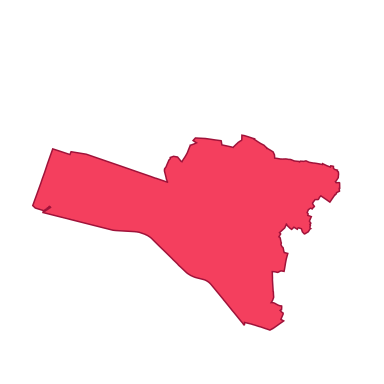 the district of Slampes pag., Tukums, Latvia, rotated 209°
{"feature_id": "27541924B56593653615616", "entity_name": "Slampes pag.", "entity_type": "district", "adm_level": 2, "iso_a3": "LVA", "parent_name": "Latvia", "parent_adm1": "Tukums", "projection": "orthographic", "projection_center": [23.272, 56.873], "detail": "fine", "context": "isolated", "style": "filled", "palette": "rose", "viewbox_px": 384, "rotation_deg": 209, "n_neighbors": 0, "source": "geoboundaries", "source_scale": "gbopen_adm2", "svg_char_len": 5445}
<svg xmlns="http://www.w3.org/2000/svg" viewBox="0 0 384 384"><g transform="rotate(209 192 192)"><path d="M324.7,102.9L321.3,102.0L312.6,103.8L312.2,104.3L312.1,104.7L312.0,104.9L311.8,105.3L311.7,105.7L311.5,105.9L311.4,105.9L310.6,107.4L310.8,107.8L309.5,109.9L309.9,110.1L309.8,110.3L309.2,110.3L308.8,110.3L308.2,109.9L309.4,107.8L309.7,107.0L310.7,105.3L311.0,104.7L311.2,104.2L311.8,103.5L312.6,102.7L312.4,101.8L254.5,117.1L245.1,119.6L243.2,120.1L242.5,120.3L241.3,120.8L239.9,121.4L222.8,129.6L221.8,130.0L220.9,130.4L219.7,130.8L219.0,131.1L217.4,131.4L213.4,132.1L212.0,132.3L211.8,132.2L211.1,132.3L209.7,132.4L208.6,132.3L207.0,132.2L206.4,132.1L205.2,131.9L198.9,130.1L195.0,129.0L190.2,127.7L189.9,127.6L189.7,127.6L176.7,124.0L176.0,123.7L175.8,123.7L169.9,122.1L168.3,121.5L166.7,121.1L166.1,121.0L159.2,119.2L158.0,118.9L157.1,118.7L156.4,118.6L154.9,118.5L153.1,118.4L152.2,118.4L151.3,118.5L149.8,118.6L149.1,118.7L147.7,118.9L146.5,119.2L140.8,120.7L139.2,121.1L138.3,121.3L137.1,121.4L135.9,121.4L134.4,121.3L134.0,121.3L132.2,120.9L130.9,120.5L129.6,120.0L112.6,113.3L112.1,113.0L111.0,112.6L110.2,112.3L104.0,109.8L99.7,108.0L96.8,106.9L86.4,102.7L84.2,101.9L82.9,101.3L82.6,101.0L82.0,101.0L81.8,101.4L82.3,102.7L82.8,103.4L76.3,105.2L76.0,105.3L74.3,105.6L72.7,106.0L67.9,106.9L67.1,107.2L61.9,108.1L60.7,108.3L60.4,108.4L57.6,108.9L56.9,109.0L55.7,110.9L55.3,111.4L55.4,111.5L55.2,111.8L54.6,112.7L52.1,117.9L51.4,119.4L49.9,122.4L49.3,123.7L50.8,123.7L52.5,123.7L53.1,129.4L53.6,130.3L54.8,130.4L55.3,130.5L56.1,130.6L57.2,131.2L57.5,131.2L57.3,131.8L57.2,131.8L56.6,132.4L57.4,134.2L58.2,135.6L58.4,135.8L58.8,135.6L59.5,135.3L60.6,135.0L62.1,134.8L63.1,134.8L63.6,134.8L65.8,134.8L66.6,134.7L67.1,134.6L68.0,134.2L68.8,133.9L69.1,133.7L69.0,136.2L69.3,138.2L69.4,139.0L69.5,139.4L69.7,139.8L70.2,140.6L70.7,141.3L72.5,144.2L72.8,144.3L74.1,146.4L79.2,154.4L79.7,155.4L80.2,156.3L80.7,157.1L81.7,158.8L83.2,161.3L81.5,162.1L80.6,162.5L78.3,163.1L78.0,163.3L77.8,163.5L77.6,163.8L77.0,164.7L76.7,165.2L76.5,165.5L76.0,166.1L75.6,166.3L73.0,167.2L73.6,169.1L75.5,174.5L75.5,174.4L76.9,178.6L77.2,179.7L77.6,181.3L78.4,184.7L81.9,183.8L82.0,184.0L82.6,184.3L83.3,185.0L83.7,185.6L85.3,187.4L85.4,187.5L85.6,187.6L86.1,187.6L86.3,187.6L87.7,188.4L88.0,188.6L88.7,189.2L88.8,189.3L89.1,190.7L89.6,191.1L90.6,192.2L92.5,194.5L93.2,194.9L93.3,194.8L94.3,194.9L94.3,195.6L94.1,198.3L95.8,198.9L95.4,199.9L95.1,200.8L93.5,205.5L93.6,206.8L93.7,207.7L93.7,208.4L93.9,209.7L93.6,209.7L92.9,209.1L92.4,208.8L89.0,207.9L88.6,207.8L86.7,207.6L85.8,210.6L82.6,210.5L81.8,210.5L81.9,211.5L81.8,211.9L81.7,212.1L81.4,212.3L81.1,212.4L78.5,212.9L76.2,210.7L73.5,209.8L73.4,209.8L73.2,209.9L73.0,210.1L71.0,213.6L71.0,213.9L70.9,216.2L70.8,217.0L70.5,217.4L70.8,217.4L71.7,218.2L72.3,219.5L72.1,219.7L72.2,220.1L72.4,220.6L73.2,220.8L73.2,221.0L73.1,222.2L73.0,222.4L75.2,223.4L75.7,228.3L79.4,227.7L79.8,229.2L81.3,229.8L81.5,231.4L81.6,232.7L81.7,232.9L81.7,233.0L81.1,234.0L80.9,234.6L80.7,234.9L80.3,235.4L78.8,235.4L78.7,235.4L78.7,235.5L78.6,236.4L78.0,238.3L78.0,238.8L79.6,239.5L80.1,239.8L81.1,240.6L81.2,240.8L80.7,244.7L80.7,245.0L78.1,246.5L77.9,246.9L77.8,247.2L77.9,248.8L77.9,249.2L77.8,249.6L77.4,251.1L71.2,250.5L66.5,250.0L65.7,258.3L65.6,258.2L64.9,260.5L65.3,261.5L63.4,264.2L65.0,266.6L64.6,266.9L64.7,267.1L64.8,267.2L67.3,271.5L67.7,271.6L67.8,271.6L70.4,270.0L71.0,270.2L71.1,270.3L71.2,270.5L71.5,270.6L71.4,270.8L71.1,274.1L71.0,275.4L72.0,277.6L72.4,278.6L72.6,278.9L73.7,280.5L75.1,280.8L75.4,281.6L78.1,280.9L79.6,281.2L80.2,282.1L80.7,283.0L82.2,282.6L83.4,282.1L83.2,280.9L86.5,280.4L91.5,280.1L91.2,279.3L93.6,278.5L94.2,278.2L94.3,278.3L97.2,277.3L99.0,276.6L99.8,276.2L103.9,274.8L107.4,274.5L109.1,273.0L109.6,272.7L110.4,272.4L112.2,271.5L112.4,270.7L112.7,270.7L112.8,270.4L113.5,270.5L116.0,269.4L116.7,269.1L117.8,268.7L119.8,268.5L120.3,268.4L120.7,268.4L121.9,268.1L122.7,267.7L123.2,267.4L123.7,267.2L124.4,267.0L126.0,266.4L126.8,265.9L128.3,265.0L128.4,264.9L130.5,263.8L134.0,262.6L136.1,261.7L136.9,263.0L137.9,264.5L139.0,265.3L140.5,266.4L144.2,266.6L145.8,266.6L147.3,266.7L147.7,266.4L148.2,267.0L149.4,267.1L151.6,267.8L155.5,267.7L159.0,267.9L162.1,268.2L163.7,268.3L163.6,268.6L163.5,268.8L165.1,268.4L169.4,267.6L173.6,266.7L175.9,265.9L173.7,261.7L173.9,260.9L174.5,260.0L175.1,258.8L175.7,257.7L175.9,256.8L176.4,255.4L177.6,251.4L177.6,251.0L177.6,250.9L179.4,250.5L188.7,247.7L190.0,249.3L191.2,250.9L191.6,250.9L197.4,248.6L198.5,248.2L201.2,247.2L206.2,245.3L215.2,240.9L215.5,239.7L216.0,237.5L211.9,237.2L213.0,235.7L213.7,234.8L215.7,232.5L215.9,232.2L216.2,232.1L216.1,231.7L216.0,231.0L215.8,229.3L215.6,227.5L215.2,224.7L215.1,223.8L215.1,221.8L215.1,220.9L215.2,218.4L215.4,216.6L215.4,215.9L215.5,215.1L215.4,213.8L215.6,213.8L215.6,213.6L216.5,213.5L216.8,213.7L221.6,215.6L223.0,215.1L225.4,214.3L227.8,211.6L227.1,210.7L227.7,208.6L227.5,207.3L227.1,203.2L226.9,201.8L226.9,201.6L226.9,201.1L227.2,199.3L227.2,199.0L226.9,198.6L227.0,198.4L226.8,198.2L226.4,197.1L226.2,196.9L221.3,191.7L221.2,191.6L221.1,191.4L221.0,191.2L218.2,188.8L218.2,188.7L230.4,186.5L230.6,186.4L230.8,186.3L235.5,185.6L245.7,183.8L266.5,180.2L284.6,177.0L302.8,173.8L317.3,168.6L316.9,165.6L317.9,165.4L329.1,163.3L334.7,162.2L332.1,146.7L330.4,137.7L329.3,130.8L328.9,128.7L328.4,126.0L326.4,113.5L325.7,109.0L324.7,102.9Z" fill="#f43f5e" stroke="#9f1239" stroke-width="1.5"/></g></svg>